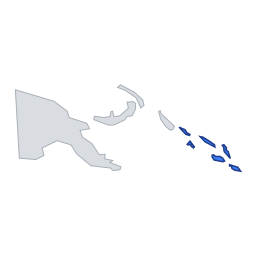 Solomon Islands and the surrounding countries
{"feature_id": "SLB", "entity_name": "Solomon Islands", "entity_type": "country or territory", "adm_level": 0, "iso_a3": "SLB", "parent_name": "Oceania", "parent_adm1": "", "projection": "albers", "projection_center": [159.585, -9.221], "detail": "coarse", "context": "with_neighbors", "style": "filled", "palette": "blue", "viewbox_px": 256, "rotation_deg": 0, "n_neighbors": 1, "source": "natural_earth", "source_scale": "50m", "svg_char_len": 1528}
<svg xmlns="http://www.w3.org/2000/svg" viewBox="0 0 256 256"><path d="M15.4,89.8L53.8,101.2L67.3,111.3L69.1,117.5L86.8,123.3L89.5,128.8L80.0,130.3L82.5,137.2L92.1,143.8L99.2,154.7L105.1,154.2L104.8,158.9L112.9,160.5L109.8,162.5L120.9,166.7L119.9,169.7L113.0,170.6L110.4,168.0L91.0,165.8L76.6,153.8L70.9,144.8L57.1,140.7L42.2,147.9L43.9,155.5L35.9,159.5L19.3,158.2L15.4,89.8ZM134.3,92.2L142.7,99.8L144.0,105.2L140.8,108.1L136.2,97.9L125.2,90.3L117.5,87.4L120.4,84.8L134.3,92.2ZM125.0,119.7L114.0,125.0L108.5,125.1L93.7,119.6L94.5,116.3L103.9,117.5L109.7,116.6L111.1,111.5L112.6,111.2L113.8,116.7L119.7,115.8L128.4,108.2L127.1,102.1L133.4,101.7L135.6,103.4L135.5,109.2L132.1,115.7L126.6,116.7L125.0,119.7ZM161.2,113.8L174.5,126.2L173.1,129.2L170.2,130.3L165.6,126.3L160.9,119.7L158.6,111.7L160.0,110.7L161.2,113.8Z" fill="#d9dde1" stroke="#a8b0b8" stroke-width="1"/><path d="M213.5,154.8L215.8,156.5L219.8,156.4L222.6,158.1L224.6,161.0L222.9,161.7L214.1,160.0L212.1,156.9L212.2,155.2L213.5,154.8ZM223.9,144.7L226.5,147.9L226.0,149.8L228.2,151.6L230.3,158.4L224.2,151.6L223.6,147.1L222.3,145.3L223.9,144.7ZM214.9,147.0L205.1,141.8L200.1,136.6L203.0,137.2L210.2,141.7L214.5,144.8L214.9,147.0ZM229.6,164.7L237.9,167.3L240.6,171.2L234.6,170.1L232.0,168.5L231.5,166.3L229.5,165.9L229.6,164.7ZM189.9,134.4L189.5,135.4L185.9,134.4L179.1,127.2L185.1,129.8L186.9,132.7L189.9,134.4ZM190.0,141.1L194.3,146.8L193.5,147.9L191.0,146.1L190.7,144.3L188.1,145.0L187.2,144.3L190.0,141.1Z" fill="#3b82f6" stroke="#1e3a8a" stroke-width="1.5"/></svg>